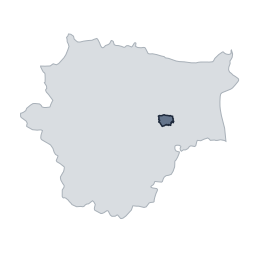 Karelichy, Grodno, Belarus (highlighted), rotated 183°
{"feature_id": "67162791B39609385147896", "entity_name": "Karelichy", "entity_type": "district", "adm_level": 2, "iso_a3": "BLR", "parent_name": "Belarus", "parent_adm1": "Grodno", "projection": "orthographic", "projection_center": [26.2, 53.507], "detail": "fine", "context": "in_parent", "style": "filled", "palette": "slate", "viewbox_px": 256, "rotation_deg": 183, "n_neighbors": 0, "source": "geoboundaries", "source_scale": "gbopen_adm2", "svg_char_len": 5220}
<svg xmlns="http://www.w3.org/2000/svg" viewBox="0 0 256 256"><g transform="rotate(183 128 128)"><path d="M218.5,185.3L214.1,185.4L208.9,185.9L206.1,188.2L202.8,187.4L200.6,188.7L195.7,194.7L193.9,197.9L192.2,202.8L191.2,206.3L192.0,208.7L193.2,210.9L193.5,213.4L194.1,215.3L192.9,216.7L192.3,218.8L190.0,218.6L187.2,216.8L186.4,214.0L184.2,212.2L182.8,211.3L180.5,211.3L176.9,212.4L172.2,213.3L168.6,213.7L166.7,214.7L163.8,215.8L162.7,214.7L160.9,211.6L159.5,208.5L158.5,207.2L157.7,206.8L156.8,207.0L155.7,208.0L154.9,209.1L151.9,210.4L150.7,211.5L149.3,214.5L148.3,214.3L147.3,213.7L146.1,210.5L144.5,209.8L141.9,209.8L138.8,209.2L136.2,208.3L135.3,208.6L133.9,210.0L132.2,210.3L128.6,209.1L128.0,209.7L126.0,213.3L125.0,213.5L124.5,213.1L124.7,209.9L122.6,208.9L119.1,208.8L116.7,209.3L115.5,209.2L114.8,208.6L111.8,203.4L110.2,203.1L107.4,203.4L103.2,202.8L98.3,201.6L95.7,201.2L94.3,200.0L91.3,199.7L83.4,197.4L80.1,197.0L75.3,197.0L68.1,196.4L63.4,196.6L61.2,197.3L58.7,197.7L50.1,198.1L46.9,198.6L46.0,199.7L44.9,202.1L41.2,206.1L37.7,208.8L37.0,209.0L35.1,207.5L33.4,206.9L31.4,206.7L30.0,207.1L29.0,207.8L29.1,211.0L28.8,211.3L27.4,207.4L27.7,204.0L28.6,202.0L29.7,200.3L29.4,197.6L30.5,194.1L30.6,191.6L30.2,190.5L29.5,189.2L27.3,187.7L26.3,186.6L23.4,185.0L20.4,183.0L20.0,181.9L20.1,181.1L20.7,180.0L23.1,176.7L25.7,173.5L27.4,172.2L35.9,168.2L37.2,166.8L37.6,164.3L37.6,159.2L37.3,154.6L36.8,151.3L35.4,145.3L31.5,132.8L29.5,119.8L31.1,120.6L35.0,121.1L38.1,120.3L39.7,120.2L41.1,120.5L45.2,120.0L46.1,121.1L47.9,122.2L51.5,120.8L54.7,119.1L58.0,119.3L58.5,118.5L59.4,113.9L60.4,113.0L64.3,113.5L65.7,112.7L67.2,110.5L69.6,109.1L71.5,109.1L73.5,107.6L74.5,108.6L74.9,110.5L74.2,112.0L74.5,112.6L75.9,113.4L78.3,113.4L79.8,112.8L80.2,111.9L80.2,110.3L79.8,108.9L78.8,107.6L76.9,107.0L75.6,106.9L75.4,106.1L75.9,104.4L77.0,101.3L78.5,98.4L79.4,97.4L79.5,96.4L79.4,94.7L79.4,91.6L80.7,87.2L82.4,84.0L84.7,83.0L87.4,82.4L89.2,80.9L90.1,79.1L90.9,76.3L91.7,75.7L98.4,76.0L99.4,73.2L100.0,72.5L101.3,71.6L102.1,70.6L101.8,69.9L100.1,69.4L96.1,69.0L95.3,68.0L95.5,66.9L96.6,64.1L97.6,60.3L98.1,57.5L98.1,55.8L98.7,55.3L101.9,54.7L103.0,54.2L105.7,50.2L107.8,49.5L113.3,50.5L115.8,50.4L119.0,50.6L119.2,50.2L120.3,46.3L125.5,40.0L128.3,37.7L130.1,37.2L130.7,37.3L133.7,40.5L134.4,40.6L136.2,39.2L139.5,39.0L141.1,40.1L143.4,44.0L144.6,44.4L147.7,42.1L149.5,41.3L150.6,41.2L156.8,44.1L157.3,45.1L157.4,46.2L156.7,49.9L158.0,52.1L159.6,53.5L162.6,50.9L163.7,50.1L165.0,50.0L166.6,49.0L167.7,47.6L168.9,47.0L171.1,47.2L175.2,46.7L180.0,48.6L180.4,49.3L183.0,51.7L183.9,52.9L184.7,53.3L186.0,54.5L187.8,55.1L188.9,54.8L189.5,55.2L190.1,56.2L190.2,57.8L190.4,62.7L188.9,65.3L188.7,66.2L188.8,67.3L190.3,69.2L192.3,72.4L192.8,74.2L192.9,75.6L190.8,79.9L190.1,80.9L189.7,83.0L189.5,85.1L189.7,85.9L194.0,88.9L197.1,90.5L197.8,91.4L197.9,91.9L196.6,95.5L196.5,96.5L199.0,97.8L200.5,100.0L201.9,103.7L204.5,107.1L213.4,111.7L214.3,112.6L214.6,113.7L214.5,116.2L213.3,121.0L214.9,121.6L218.7,121.1L223.3,121.3L229.2,124.2L229.3,125.7L228.8,127.1L229.4,128.5L230.1,129.6L235.2,132.9L235.8,133.9L236.0,135.7L236.0,137.1L234.7,137.5L233.3,138.2L231.0,140.0L230.2,142.4L226.5,145.8L224.2,147.4L222.2,147.6L217.6,147.4L215.8,146.0L215.0,144.6L213.2,144.1L210.8,144.2L207.6,144.7L206.9,145.2L206.5,147.0L205.3,150.0L204.5,151.7L209.1,157.3L211.3,159.5L212.1,160.9L212.2,162.0L211.2,163.3L211.6,165.7L213.9,168.9L213.2,169.4L213.3,173.4L213.7,177.7L214.3,178.7L215.5,179.5L216.5,181.0L218.4,184.4L218.5,185.3Z" fill="#d9dde1" stroke="#a8b0b8" stroke-width="1"/><path d="M84.1,142.0L84.5,142.1L84.9,142.1L85.2,142.1L85.5,142.1L85.8,142.3L86.0,142.5L86.4,142.6L86.8,142.5L86.9,142.4L87.2,142.2L87.3,142.2L87.7,142.4L87.8,142.4L88.6,142.5L89.3,142.6L90.1,142.6L90.8,142.6L91.4,142.7L91.9,142.8L92.2,143.0L92.6,143.1L92.9,143.0L93.6,142.8L94.1,142.5L94.5,142.2L95.1,142.1L95.6,142.0L95.9,142.0L96.5,142.0L96.9,142.0L97.1,142.1L97.8,141.8L98.2,141.5L98.2,141.2L98.0,140.8L97.7,140.3L97.7,140.0L97.6,139.7L97.6,139.4L97.6,139.1L97.7,138.9L97.8,138.5L97.8,138.3L97.7,138.0L97.6,137.9L97.4,137.7L97.0,137.6L96.9,137.5L96.8,137.4L96.9,137.2L97.0,136.9L97.2,136.7L97.4,136.5L97.5,136.3L97.5,136.1L97.5,135.8L97.5,135.6L97.4,135.4L97.2,135.4L96.8,135.3L96.6,135.1L96.4,134.9L96.1,134.5L95.8,134.0L95.4,133.5L95.1,133.1L94.8,132.7L94.4,132.1L94.2,131.7L93.9,131.7L93.6,131.5L93.4,131.7L93.1,131.7L92.8,131.9L92.3,132.0L91.8,132.2L91.4,132.5L91.0,132.8L90.6,133.1L90.3,133.1L90.1,133.0L89.9,133.0L90.0,133.2L90.0,133.4L89.8,133.5L89.4,133.4L89.2,133.2L88.9,133.0L88.6,133.0L88.3,133.0L88.0,132.9L88.0,133.1L88.0,133.3L87.9,133.5L87.7,133.5L87.6,133.3L87.4,133.3L87.1,133.2L86.9,133.2L86.6,133.3L86.5,133.2L86.3,133.0L86.1,132.9L85.9,132.9L85.6,132.9L85.5,133.1L85.7,133.5L85.6,133.9L85.5,134.1L85.3,134.4L85.2,134.8L85.0,135.1L85.0,135.3L85.3,135.6L85.2,135.8L84.9,136.1L84.7,136.4L84.5,136.6L84.4,136.8L84.1,136.9L84.0,136.7L83.9,136.4L83.7,136.1L83.5,135.8L83.3,135.8L83.1,135.8L83.1,136.0L83.0,136.4L82.8,136.6L82.7,136.9L82.8,137.2L83.0,137.5L83.3,137.8L83.4,138.5L83.4,139.0L83.2,139.4L83.3,139.6L83.7,139.9L83.9,140.2L83.9,140.3L83.8,140.5L83.9,141.0L84.1,141.6L84.1,142.0Z" fill="#64748b" stroke="#1e293b" stroke-width="1.5"/></g></svg>